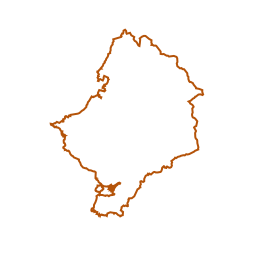 the district of Langkat, Sumatera Utara, Indonesia, rotated 202°
{"feature_id": "22746128B45262154134474", "entity_name": "Langkat", "entity_type": "district", "adm_level": 2, "iso_a3": "IDN", "parent_name": "Indonesia", "parent_adm1": "Sumatera Utara", "projection": "mercator", "projection_center": [98.309, 3.76], "detail": "fine", "context": "isolated", "style": "outline", "palette": "amber", "viewbox_px": 256, "rotation_deg": 202, "n_neighbors": 0, "source": "geoboundaries", "source_scale": "gbopen_adm2", "svg_char_len": 5812}
<svg xmlns="http://www.w3.org/2000/svg" viewBox="0 0 256 256"><g transform="rotate(202 128 128)"><path d="M74.3,106.8L73.3,107.9L73.2,109.6L74.2,111.0L74.2,112.6L75.4,113.6L73.3,117.1L73.2,118.1L72.0,118.2L71.0,119.9L69.2,121.2L68.7,121.9L66.5,123.5L65.1,123.9L64.2,125.5L63.0,125.7L61.5,126.7L57.9,130.8L57.3,132.0L54.8,134.4L55.4,135.4L55.5,136.5L58.0,139.9L59.1,142.3L59.7,143.0L61.2,143.6L62.2,144.8L63.9,148.5L63.8,150.7L66.9,153.2L66.7,154.1L65.5,155.4L66.3,160.2L69.1,161.8L70.4,162.2L71.3,162.0L72.4,162.5L73.3,163.7L73.8,164.8L73.8,166.5L75.7,170.1L75.1,172.2L75.3,172.5L77.0,173.6L79.5,174.0L80.3,174.8L81.7,175.3L80.1,176.8L78.7,179.7L77.8,180.6L77.4,182.2L77.0,182.3L75.2,185.4L73.6,186.3L71.3,186.5L71.3,187.1L71.1,187.2L71.0,187.3L72.7,189.3L73.3,191.0L76.8,190.9L79.7,190.3L79.8,190.8L83.6,192.9L84.6,193.9L87.2,194.2L87.9,193.8L88.9,194.3L90.4,196.1L91.2,198.1L92.4,198.7L93.6,201.0L98.0,203.5L99.6,203.0L100.8,203.6L102.1,202.8L105.4,203.8L107.0,206.2L106.9,207.7L108.5,211.1L109.7,212.1L112.5,212.0L116.8,209.6L118.1,210.0L119.3,209.5L122.7,210.0L123.8,209.3L125.5,208.9L126.4,211.1L132.5,214.7L133.1,214.8L135.2,214.0L136.0,214.3L137.3,213.8L137.4,215.1L138.3,215.8L139.1,218.2L141.8,218.5L146.2,219.9L147.7,219.4L149.1,218.1L150.7,215.4L149.8,214.5L148.8,211.1L148.1,208.3L148.8,208.3L149.4,208.5L151.9,210.6L153.2,211.2L154.4,211.3L156.1,212.5L156.3,214.7L159.7,215.2L161.8,217.0L164.5,214.9L165.1,215.4L166.1,217.3L167.5,218.0L168.6,216.6L168.0,214.7L168.0,213.7L168.8,213.5L169.1,211.1L168.3,210.6L168.4,209.9L174.9,204.7L173.8,203.0L174.2,201.3L173.5,199.7L174.1,198.2L174.1,195.7L173.2,193.5L173.1,191.7L172.6,190.8L174.1,189.1L173.6,188.0L173.5,186.5L174.1,183.9L173.9,182.7L174.5,180.8L174.0,180.0L174.8,178.2L174.6,176.3L175.6,173.3L175.0,173.0L175.6,172.7L176.6,170.5L176.8,168.7L177.5,168.8L177.5,168.4L175.1,166.9L175.4,165.5L174.7,165.0L175.2,164.7L174.9,164.0L175.1,163.3L173.6,162.1L173.5,160.4L172.8,160.5L172.9,162.1L172.2,162.9L169.2,162.6L169.1,164.7L169.6,165.9L169.6,167.4L165.4,167.2L165.1,166.3L164.1,165.8L164.4,165.2L164.0,162.9L164.3,160.9L164.9,160.4L165.4,158.8L166.0,159.4L166.3,159.2L166.2,158.5L165.7,158.2L166.4,158.0L166.6,157.4L166.1,156.6L166.7,156.2L166.6,155.9L166.4,156.2L164.0,155.5L164.0,154.5L163.2,154.3L163.3,153.8L163.6,153.1L168.9,152.4L169.0,149.2L168.6,148.3L166.7,147.8L166.6,146.8L166.1,146.3L164.3,146.5L164.3,145.7L165.5,146.2L166.5,146.0L167.4,146.7L168.7,147.1L171.5,143.8L171.9,144.0L172.5,143.4L173.5,143.6L174.2,138.5L174.8,136.9L174.5,134.5L174.8,134.3L175.0,133.3L174.5,131.9L176.0,128.2L177.1,126.8L178.7,123.6L179.9,122.5L186.3,118.6L185.9,117.5L187.4,117.3L187.4,115.5L188.4,115.3L189.5,115.9L190.4,115.5L190.6,114.6L190.0,113.1L191.4,111.8L190.4,110.4L190.3,109.8L190.9,109.5L191.3,110.0L191.8,110.0L193.6,107.0L196.3,107.0L197.2,105.1L198.0,104.9L198.9,103.5L201.2,103.0L200.7,102.2L197.1,101.9L195.8,101.4L195.0,102.4L193.9,101.8L192.8,102.2L191.0,101.8L189.4,100.4L188.1,99.8L187.6,100.2L187.3,99.4L187.5,98.7L186.2,98.2L185.9,97.6L184.2,98.0L183.5,97.7L182.4,93.6L183.0,92.9L182.9,92.1L181.9,90.2L180.9,90.1L179.7,88.7L179.6,88.1L180.8,85.9L180.5,85.3L178.0,84.5L178.0,84.2L177.6,84.5L175.9,84.0L174.8,84.6L174.5,84.3L173.8,84.4L171.6,82.2L169.9,81.3L168.8,81.4L167.3,80.5L161.7,80.4L161.4,79.4L159.3,77.9L157.6,75.9L154.9,74.5L152.3,74.7L151.6,75.1L148.4,74.2L146.6,74.8L143.9,74.8L142.7,75.2L141.3,74.8L139.9,70.8L139.3,69.6L138.7,69.6L139.1,69.2L137.9,68.4L137.7,68.6L136.0,68.0L134.9,66.8L132.0,66.1L130.8,65.2L128.5,65.0L125.9,65.7L124.9,66.4L124.4,66.1L122.4,69.1L121.5,68.3L119.8,68.7L118.2,70.5L116.5,73.3L115.5,74.1L114.6,73.9L114.7,73.1L116.0,73.0L116.5,71.4L117.5,69.6L118.2,66.6L117.9,64.9L118.7,62.8L118.1,62.2L115.9,61.6L115.9,61.1L117.4,60.5L117.2,60.1L119.3,59.0L120.2,57.6L121.6,57.9L123.3,57.1L123.5,56.6L126.5,56.3L128.8,55.5L129.1,55.0L130.1,55.6L131.7,53.0L130.9,51.9L130.5,49.7L130.4,46.9L130.7,44.0L129.8,41.3L131.4,39.7L131.1,39.0L131.3,38.2L130.7,37.4L130.1,37.3L129.2,38.1L129.0,39.2L127.5,38.8L127.5,37.7L126.4,38.4L125.7,37.9L124.9,38.5L124.3,37.3L124.6,36.6L123.1,36.8L122.4,36.1L122.2,37.3L121.0,36.1L121.0,37.0L120.5,37.4L118.7,37.8L118.9,38.0L116.6,38.3L116.1,38.8L114.7,38.5L115.1,41.0L112.9,43.2L109.7,43.9L108.9,43.4L108.7,44.2L107.0,44.6L104.4,43.6L102.7,43.6L102.1,43.2L101.6,43.7L101.6,44.3L100.2,45.2L101.1,48.1L101.5,48.0L101.7,48.5L103.8,48.9L103.9,51.2L104.3,52.1L103.1,54.5L102.0,54.3L101.2,55.2L99.3,55.2L98.9,55.5L99.4,56.8L100.1,57.3L100.4,58.2L100.2,60.3L100.4,61.8L100.8,61.8L100.8,63.1L98.2,64.3L96.6,67.0L96.2,74.8L95.3,75.7L95.0,77.0L94.3,77.6L95.2,79.0L95.0,80.6L96.4,82.6L96.4,83.2L95.8,83.7L93.8,83.6L93.0,84.6L93.9,87.0L93.7,90.4L92.7,91.3L92.4,92.9L91.4,92.4L91.1,93.7L89.3,93.5L87.8,96.6L86.9,97.2L85.6,97.2L84.0,97.8L81.4,99.4L81.0,100.2L81.0,102.1L81.4,104.0L80.5,106.0L80.1,106.0L79.3,105.0L78.4,105.1L77.6,105.3L77.8,106.2L77.4,106.9L75.2,106.6L74.3,106.8ZM132.7,57.4L131.4,57.8L129.8,57.5L130.0,58.6L129.1,60.3L128.7,60.4L128.0,62.3L128.5,62.9L129.9,63.3L131.3,64.6L132.1,64.7L132.5,64.6L133.1,63.7L134.7,63.3L134.3,61.9L135.1,59.9L134.9,58.2L134.3,57.6L133.6,57.8L132.7,57.4ZM123.0,65.2L121.9,65.2L121.3,65.5L120.2,66.7L119.8,67.9L121.8,67.6L122.4,66.9L123.2,67.0L123.4,65.9L123.0,65.2ZM118.7,65.6L119.2,64.7L120.0,63.9L119.8,63.0L119.0,63.4L118.4,64.4L118.3,65.0L118.7,65.6ZM185.6,97.3L185.6,96.5L184.9,95.9L184.5,96.9L183.6,97.5L185.0,97.6L185.6,97.3ZM123.1,64.0L122.6,64.1L121.8,65.0L123.0,65.0L123.1,64.0ZM120.2,64.3L119.3,64.8L119.4,65.2L119.9,64.8L120.2,64.3ZM121.0,65.0L121.2,64.4L120.5,65.5L120.9,65.3L121.2,64.9L121.0,65.0ZM122.5,68.0L122.7,67.5L122.4,67.2L122.2,67.8L122.5,68.0ZM197.1,101.5L197.1,101.8L197.7,101.8L197.6,101.7L197.1,101.5ZM187.6,99.3L187.9,98.6L187.7,98.3L187.7,98.5L187.6,99.3Z" fill="none" stroke="#b45309" stroke-width="2"/></g></svg>